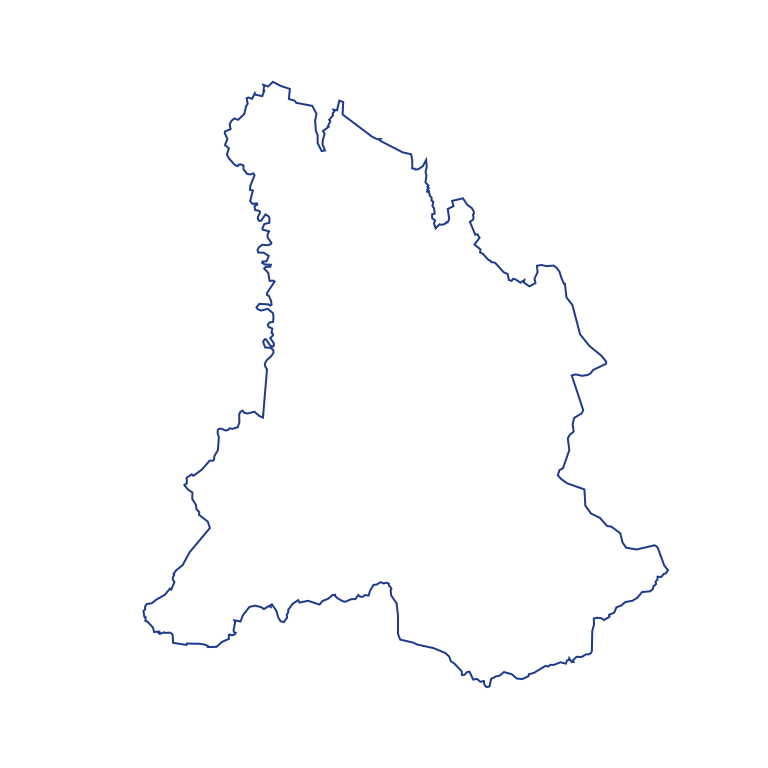 the district of Tuxcacuesco, Jalisco, Mexico, rotated 264°
{"feature_id": "50627088B97474247637158", "entity_name": "Tuxcacuesco", "entity_type": "district", "adm_level": 2, "iso_a3": "MEX", "parent_name": "Mexico", "parent_adm1": "Jalisco", "projection": "mercator", "projection_center": [-104.015, 19.687], "detail": "fine", "context": "isolated", "style": "outline", "palette": "blue", "viewbox_px": 768, "rotation_deg": 264, "n_neighbors": 0, "source": "geoboundaries", "source_scale": "gbopen_adm2", "svg_char_len": 6124}
<svg xmlns="http://www.w3.org/2000/svg" viewBox="0 0 768 768"><g transform="rotate(264 384 384)"><path d="M71.9,454.2L72.1,457.3L79.5,459.7L81.5,464.8L81.9,468.6L85.0,473.2L82.0,480.8L77.2,485.3L76.1,490.8L78.3,497.2L80.2,497.7L81.0,502.8L86.8,515.2L85.8,517.9L87.3,520.1L86.9,523.7L88.8,530.4L86.9,535.6L90.1,537.3L90.2,539.1L91.8,539.5L87.8,541.6L87.8,543.5L89.6,543.2L92.5,546.9L91.9,552.1L94.1,556.9L93.7,559.3L94.8,561.8L96.7,562.8L116.5,565.3L123.1,567.8L128.8,568.1L129.3,571.3L128.4,575.6L126.3,578.1L128.9,583.9L130.9,583.7L132.6,589.1L137.6,591.8L138.9,596.8L141.9,601.1L142.5,608.5L144.9,613.6L150.1,618.9L150.0,626.9L152.0,629.9L154.7,630.9L156.5,633.6L159.2,633.5L160.8,635.5L163.8,635.9L163.1,639.5L165.9,642.4L166.1,644.4L169.0,647.0L174.3,643.7L192.2,639.2L194.2,637.9L195.3,636.2L193.0,617.9L195.9,607.7L201.5,604.6L210.8,603.4L218.3,595.3L219.6,590.9L228.3,584.7L233.6,576.3L241.9,571.5L258.2,572.3L266.0,555.9L270.8,550.4L275.0,547.3L279.9,549.4L281.6,553.2L298.9,561.4L310.7,561.1L314.1,563.5L316.9,567.7L324.2,567.4L330.4,569.6L334.2,577.6L337.2,579.4L372.9,571.6L373.5,575.6L371.4,581.9L371.7,587.4L373.0,590.6L376.1,593.4L380.9,607.0L383.0,607.3L389.2,603.3L400.6,592.1L412.9,584.2L442.9,579.6L451.1,574.5L464.8,574.4L464.9,573.5L470.3,571.7L477.5,570.2L481.7,567.7L484.1,564.8L484.2,557.9L485.9,553.0L485.6,548.5L479.1,548.4L473.1,544.7L468.5,545.2L465.9,538.8L470.2,533.7L472.7,534.4L470.5,530.2L474.2,525.9L475.1,523.3L473.2,521.7L474.3,519.1L480.5,518.5L482.6,514.7L492.9,507.2L494.2,503.3L495.5,502.8L496.3,501.0L503.4,495.7L504.7,493.3L507.8,494.0L513.2,488.5L519.5,494.3L523.1,492.6L522.9,490.4L536.3,486.4L538.1,489.6L539.9,490.5L542.9,490.1L543.9,491.2L546.2,491.3L549.7,489.8L553.4,485.6L560.4,481.9L559.0,470.9L553.6,471.7L551.4,465.7L541.3,466.1L538.1,464.2L538.2,462.7L537.4,462.5L536.3,459.3L536.7,456.2L537.5,456.6L533.4,451.6L538.7,450.5L541.2,451.9L544.0,449.2L547.8,449.6L548.0,452.0L548.9,452.3L554.0,452.0L555.8,450.8L560.2,452.0L561.2,450.5L564.5,450.8L565.7,449.6L570.3,448.7L570.8,446.9L571.8,447.2L571.8,448.5L573.4,447.7L574.2,449.0L575.7,447.8L576.8,448.9L580.2,446.3L586.9,448.0L590.7,447.5L595.4,449.2L602.3,449.3L596.6,445.4L594.0,440.6L594.1,437.4L594.9,437.2L595.4,434.6L603.8,435.5L609.7,434.9L612.3,427.0L625.6,406.7L627.0,405.1L628.0,406.1L628.2,402.7L631.1,398.1L656.4,371.0L668.6,372.9L670.5,369.2L661.2,365.9L662.1,362.4L660.5,363.2L658.4,361.3L656.5,361.4L652.5,357.1L651.0,358.1L646.1,355.1L645.5,355.8L642.0,349.7L639.2,351.1L632.0,348.3L628.3,348.0L622.4,349.7L622.2,346.3L630.5,343.2L638.4,344.0L643.0,342.7L653.2,343.0L659.8,345.1L668.1,341.7L672.7,326.3L675.2,324.6L677.4,319.2L687.3,321.2L691.2,312.5L696.1,305.1L692.0,299.9L694.1,295.3L692.6,295.9L688.2,294.8L688.0,295.5L683.0,293.0L685.2,286.2L686.6,285.9L681.4,282.6L683.1,278.9L682.6,277.3L676.9,277.7L674.7,275.9L667.1,273.2L662.0,266.5L663.7,262.9L661.6,259.7L658.2,257.6L653.6,258.1L651.8,252.3L650.4,251.8L644.0,253.9L638.2,250.8L634.6,254.4L628.6,251.7L624.4,253.5L617.2,258.7L615.9,261.4L617.4,262.6L617.4,264.5L616.0,267.1L612.2,266.7L607.2,269.9L606.3,273.4L607.2,276.0L605.2,277.1L595.1,271.8L591.1,271.0L590.1,273.8L579.9,270.0L576.9,272.0L576.9,276.5L575.6,276.7L574.4,273.8L570.5,274.0L569.1,278.3L567.6,278.7L562.9,275.9L560.9,275.9L559.1,277.1L559.3,278.9L565.1,283.9L562.7,286.8L560.8,287.4L556.3,286.8L555.6,281.7L551.1,279.2L550.2,279.6L547.8,285.7L545.2,283.9L542.1,283.5L536.1,286.8L535.0,286.1L534.1,283.4L535.2,277.5L533.0,273.8L530.5,272.2L527.8,272.7L527.2,278.0L523.5,282.8L519.0,280.5L518.2,279.4L518.5,276.0L517.3,275.4L515.4,277.8L514.4,284.0L512.5,283.2L512.8,278.5L511.3,276.9L506.9,280.4L498.6,281.0L498.3,285.0L497.3,285.9L486.5,277.0L484.7,277.0L484.0,278.5L478.5,280.4L474.4,280.4L473.9,279.0L475.3,277.2L476.7,268.4L473.6,265.2L471.6,266.2L469.9,269.3L470.9,276.3L466.0,281.0L462.1,281.1L457.4,280.2L457.1,276.3L455.0,274.6L452.6,275.4L450.9,278.7L446.5,277.5L446.0,278.5L444.1,278.8L441.6,275.7L436.2,278.6L433.7,278.5L432.7,277.2L434.2,274.8L440.9,271.2L440.9,269.9L438.6,268.2L432.8,269.6L431.8,275.0L429.3,277.4L426.9,277.5L423.6,274.9L420.1,270.0L416.6,267.6L413.9,267.7L410.9,269.2L363.2,260.1L365.2,256.7L370.0,252.2L368.9,245.4L369.9,242.0L372.3,240.6L371.3,238.2L368.9,236.8L361.1,236.2L356.4,234.1L355.2,228.7L356.1,225.8L354.6,224.1L354.3,221.5L356.5,217.9L356.7,215.0L355.6,213.9L352.7,213.4L348.3,214.2L335.7,211.9L329.9,207.7L326.6,207.1L325.7,206.3L325.9,202.5L317.9,193.9L312.6,184.8L314.3,183.4L311.4,177.9L306.0,177.6L304.3,174.9L299.5,178.0L296.1,182.1L289.7,181.3L283.4,184.3L279.1,184.4L275.9,186.9L273.2,186.4L265.5,194.4L259.0,195.8L236.9,173.0L225.0,164.9L220.6,158.0L217.1,154.8L216.0,155.4L213.7,153.7L211.4,153.6L208.9,154.9L201.8,150.9L202.9,149.7L197.3,144.1L193.5,135.3L190.1,129.9L190.1,125.2L187.8,123.2L184.7,122.8L183.4,121.0L177.2,121.4L176.9,122.6L173.3,121.9L172.6,123.8L165.9,128.8L161.4,129.4L161.3,134.5L160.4,135.0L159.9,133.9L158.9,134.9L160.0,139.6L159.2,140.8L159.2,144.8L157.9,146.8L156.5,147.6L148.6,147.2L145.2,160.3L146.5,160.8L144.7,174.8L143.2,179.2L141.8,181.6L140.8,181.4L140.1,190.0L144.4,195.8L146.7,203.1L150.6,203.3L151.1,204.5L149.9,206.3L150.5,209.3L152.1,210.5L152.8,209.0L154.7,208.6L162.8,211.1L164.6,210.5L162.8,216.5L168.8,219.5L176.4,226.9L177.0,232.7L174.9,238.5L172.7,241.1L175.2,246.3L174.1,248.1L176.1,248.1L176.6,249.5L169.6,253.3L163.0,254.4L158.9,256.3L157.7,259.4L161.7,263.2L164.5,263.1L167.3,265.1L169.2,265.0L174.9,270.1L178.0,276.0L175.5,277.1L176.3,285.9L171.4,296.9L174.7,300.2L176.1,305.6L179.5,310.9L179.4,313.4L178.2,313.3L176.0,315.1L172.3,320.2L171.5,322.8L173.4,328.8L173.1,333.0L176.8,336.3L174.9,338.2L174.6,340.7L176.1,342.8L175.2,346.6L180.0,348.6L185.3,352.6L185.3,355.6L187.3,360.1L185.6,362.9L186.2,365.4L185.0,367.9L183.5,367.8L179.7,370.0L178.0,369.0L172.9,369.1L164.4,373.6L152.2,373.7L134.0,371.8L128.1,373.4L123.7,386.1L121.3,390.1L116.2,405.6L110.1,416.8L106.2,420.3L101.2,421.5L99.0,424.4L90.1,431.3L86.5,431.0L86.3,433.5L88.9,436.6L88.9,439.0L80.7,441.8L81.0,445.6L77.7,448.8L78.2,452.3L74.5,452.4L71.9,454.2Z" fill="none" stroke="#1e3a8a" stroke-width="2"/></g></svg>